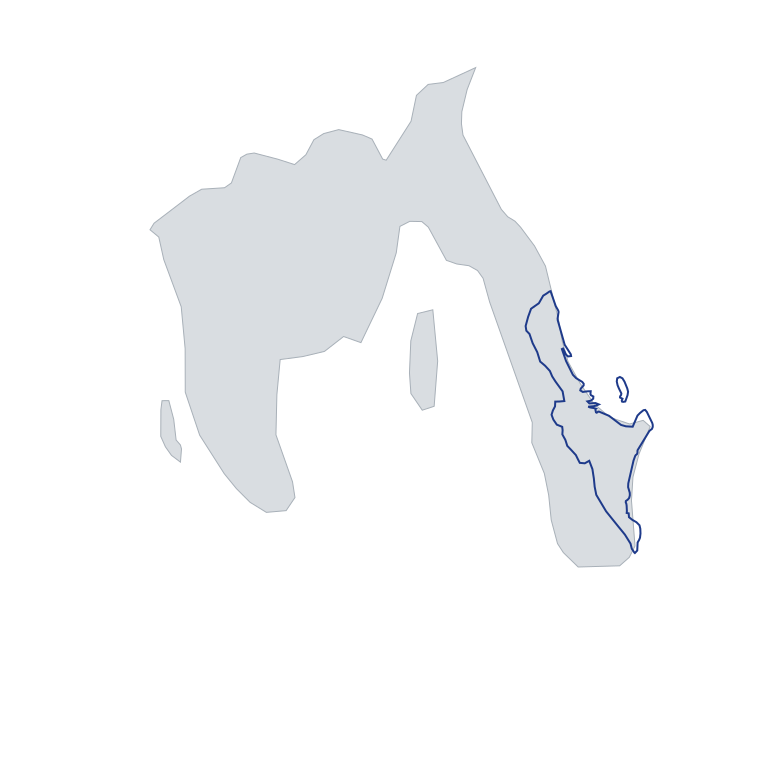 Sud highlighted on a map of Haiti, rotated 244°
{"feature_id": "HTI-1362", "entity_name": "Sud", "entity_type": "Department", "adm_level": 1, "iso_a3": "HTI", "parent_name": "Haiti", "parent_adm1": "", "projection": "robinson", "projection_center": [-73.723, 18.228], "detail": "fine", "context": "in_parent", "style": "outline", "palette": "blue", "viewbox_px": 768, "rotation_deg": 244, "n_neighbors": 0, "source": "natural_earth", "source_scale": "10m", "svg_char_len": 3507}
<svg xmlns="http://www.w3.org/2000/svg" viewBox="0 0 768 768"><g transform="rotate(244 384 384)"><path d="M625.2,241.3L629.3,247.8L638.1,291.5L639.0,305.5L630.3,326.7L631.6,335.0L650.3,354.5L650.7,361.5L648.5,368.6L632.6,387.1L620.4,399.8L624.3,414.3L634.3,428.1L635.5,439.6L632.5,454.8L617.3,473.8L609.4,480.6L586.7,481.4L584.2,484.1L595.5,502.6L608.3,523.5L629.2,539.7L633.9,555.0L629.0,569.4L628.2,605.1L612.2,587.8L594.6,573.3L584.0,567.7L573.1,564.1L489.5,566.0L480.1,568.5L472.9,573.1L465.0,575.5L442.1,579.8L419.2,580.8L365.7,569.1L344.6,563.0L323.3,559.2L298.8,560.5L274.5,564.0L255.0,572.4L240.4,587.2L237.7,601.0L229.1,604.6L209.4,582.6L191.3,567.0L170.7,555.3L128.4,538.6L120.7,528.5L117.3,516.1L134.4,478.3L153.8,471.3L164.5,470.0L188.5,474.7L211.9,483.3L233.3,488.9L266.4,491.1L284.4,500.4L411.4,514.9L435.6,519.4L445.0,517.8L453.1,512.2L460.0,502.0L467.8,494.3L505.5,492.6L513.4,489.2L518.9,478.5L518.7,467.4L496.5,452.5L461.8,419.9L431.3,381.4L444.4,368.5L439.4,344.8L444.3,322.9L451.5,301.4L421.3,283.0L385.7,264.6L336.2,258.9L321.0,254.2L313.1,240.5L320.2,222.0L336.3,211.8L354.6,205.5L373.4,201.1L418.8,195.9L463.8,201.8L502.8,220.7L542.3,235.6L592.3,240.6L614.8,246.0L625.2,241.3ZM432.6,445.1L429.3,460.4L381.1,442.3L342.0,419.3L343.7,406.9L363.6,404.0L382.7,411.7L411.0,427.0L432.6,445.1ZM458.7,172.2L466.3,177.2L463.4,183.3L444.4,179.5L424.8,172.6L418.4,174.3L414.4,173.5L403.0,166.8L413.0,161.7L423.4,160.0L434.8,160.4L458.7,172.2Z" fill="#d9dde1" stroke="#a8b0b8" stroke-width="1"/><path d="M394.4,574.4L378.8,572.5L373.8,572.8L372.2,572.5L366.7,568.7L365.1,568.1L340.1,563.6L328.8,564.9L327.1,564.4L328.1,561.5L330.6,560.5L337.4,560.5L337.4,559.2L324.8,557.7L309.5,557.8L305.1,559.2L299.0,563.1L296.7,563.6L295.2,562.8L293.6,558.8L292.2,557.6L289.7,559.2L288.3,563.5L286.9,566.6L284.4,565.1L283.2,565.1L281.0,566.7L279.1,565.6L278.3,562.7L279.2,559.2L276.5,560.1L274.2,565.7L271.5,568.1L271.6,565.1L272.2,562.5L274.1,557.6L272.6,558.9L270.4,562.0L268.9,563.6L268.8,563.1L267.7,562.6L265.6,562.1L265.0,562.5L265.0,563.4L265.3,564.4L265.0,565.1L256.8,572.3L243.3,579.1L239.9,582.9L236.6,588.8L244.5,598.0L245.7,601.4L246.7,605.7L246.2,607.4L243.7,608.0L231.3,608.0L229.4,607.6L227.6,606.7L226.2,605.2L225.5,602.0L213.4,583.0L212.8,582.5L211.4,581.8L210.8,581.4L210.1,580.6L209.9,579.9L209.8,579.2L209.3,578.3L205.8,574.7L187.6,560.0L184.3,558.2L178.5,557.2L176.1,556.1L174.1,554.4L173.2,552.4L172.8,550.1L171.7,549.4L170.1,549.3L168.2,548.7L163.3,546.6L161.7,545.6L160.5,547.2L156.9,545.8L153.1,547.6L149.1,550.3L145.0,551.7L141.5,550.9L137.2,549.0L133.6,546.7L132.0,544.9L130.4,542.5L123.3,538.6L122.1,535.4L122.8,535.1L127.3,534.5L132.5,535.6L143.0,534.5L153.3,532.1L172.2,527.8L191.3,526.2L199.3,528.3L207.1,531.2L216.1,534.0L225.0,534.8L224.7,529.7L227.3,525.4L231.7,525.3L236.0,525.3L242.1,523.5L248.1,521.6L254.2,522.5L260.5,522.2L264.2,524.3L267.4,525.4L271.7,521.5L277.8,520.6L282.9,521.1L286.2,524.2L288.9,527.9L293.1,530.2L291.4,533.9L289.6,538.6L299.1,541.3L311.1,539.2L317.1,538.5L323.0,538.8L329.8,536.8L335.7,534.2L345.5,535.7L355.5,535.5L360.4,536.1L365.2,536.7L369.5,535.3L374.0,536.7L381.2,543.0L387.2,549.2L388.7,558.6L393.6,565.8L394.0,569.6L394.6,573.3L394.4,574.4ZM277.3,593.2L280.5,593.4L284.2,594.3L286.9,596.1L286.9,599.1L284.6,600.8L280.7,601.2L273.4,600.7L270.1,600.0L267.2,598.0L262.5,593.2L263.1,591.1L263.9,590.2L265.0,590.5L266.2,591.9L268.4,590.2L269.4,590.8L270.2,592.3L271.5,593.2L277.3,593.2Z" fill="none" stroke="#1e3a8a" stroke-width="2"/></g></svg>